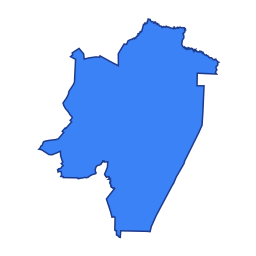 outline of South Cotabato, South Cotabato, Philippines, rotated 272°
{"feature_id": "2640588B59746130391756", "entity_name": "South Cotabato", "entity_type": "district", "adm_level": 2, "iso_a3": "PHL", "parent_name": "Philippines", "parent_adm1": "South Cotabato", "projection": "orthographic", "projection_center": [125.136, 6.312], "detail": "fine", "context": "isolated", "style": "filled", "palette": "blue", "viewbox_px": 256, "rotation_deg": 272, "n_neighbors": 0, "source": "geoboundaries", "source_scale": "gbopen_adm2", "svg_char_len": 5703}
<svg xmlns="http://www.w3.org/2000/svg" viewBox="0 0 256 256"><g transform="rotate(272 128 128)"><path d="M197.3,68.1L194.8,73.2L171.8,72.9L168.8,71.5L162.8,67.8L159.1,67.1L155.5,65.3L150.7,62.2L148.1,63.1L145.3,64.8L142.1,67.7L138.9,69.9L136.9,72.0L135.0,71.1L133.6,69.9L132.2,71.5L125.3,65.8L125.8,65.2L122.4,62.4L121.3,63.9L114.7,58.7L113.9,56.2L112.9,49.9L111.9,45.4L111.2,44.0L107.4,42.7L107.1,41.8L104.4,40.5L103.7,39.7L103.2,42.5L98.7,49.9L98.6,53.1L99.7,55.4L100.5,57.4L101.7,59.7L102.3,61.2L97.8,61.7L92.8,63.4L92.0,64.1L90.9,63.6L90.2,62.5L88.1,64.5L87.0,63.2L85.9,62.7L85.3,62.1L84.7,59.9L83.8,59.7L83.7,59.1L81.6,59.7L82.1,60.3L82.2,62.6L80.1,63.1L78.0,63.2L77.8,62.8L77.2,62.5L77.2,65.0L76.2,65.0L76.4,79.5L75.7,79.8L75.6,80.3L76.2,82.3L76.6,84.9L77.1,86.0L76.9,88.2L77.3,89.8L78.7,91.4L80.2,94.0L81.0,96.6L81.5,97.5L82.2,97.6L83.0,97.2L82.7,97.1L84.2,96.7L86.4,96.9L88.0,97.5L88.8,97.9L89.5,99.2L90.6,102.0L91.1,102.5L92.5,103.0L93.1,104.0L94.3,104.0L94.2,105.4L93.4,105.3L93.2,105.7L93.5,108.9L88.0,108.8L81.0,106.2L80.6,106.3L80.2,106.5L79.8,107.1L79.0,107.3L78.7,107.7L78.7,108.3L78.1,108.3L78.4,108.9L78.4,109.4L78.7,109.9L78.8,110.6L78.3,110.9L77.8,110.7L77.3,111.5L77.2,110.8L76.6,110.8L76.2,110.3L76.2,111.3L75.8,111.2L75.3,112.3L74.4,112.3L74.1,112.5L73.6,112.5L73.3,112.1L73.4,111.8L72.7,111.6L72.5,112.0L71.9,112.0L71.7,112.5L70.8,112.5L70.5,112.8L69.9,112.8L69.6,113.4L69.4,113.3L69.3,112.9L68.8,113.0L68.1,113.5L67.9,114.6L67.4,114.9L67.6,115.2L67.5,115.6L67.7,116.1L67.6,116.5L67.2,116.8L56.3,108.9L43.5,113.6L38.3,115.1L38.4,115.7L39.0,116.8L38.5,117.2L38.3,118.2L25.4,118.4L24.9,119.1L25.0,120.1L20.7,120.2L20.3,120.8L20.4,121.5L20.0,121.7L19.6,122.2L19.1,122.4L18.9,123.3L18.5,123.4L18.4,124.1L25.0,124.3L25.4,150.1L25.2,153.7L30.3,154.7L41.4,159.2L71.8,174.0L74.5,175.6L80.5,177.8L94.4,185.2L96.0,185.5L97.5,186.0L125.7,198.8L133.4,201.9L147.4,202.3L172.8,202.5L172.6,195.5L185.2,195.3L185.0,214.7L186.6,213.5L187.9,213.8L189.2,214.8L190.0,214.3L191.5,213.8L192.7,214.1L193.0,214.6L193.8,215.4L194.7,215.5L195.8,215.3L196.7,215.9L196.9,216.3L197.2,215.6L198.9,213.9L199.0,213.6L199.4,213.5L199.1,213.2L199.4,213.3L199.2,213.1L199.5,212.5L199.4,212.3L199.5,212.3L199.3,212.1L199.3,210.6L199.8,210.3L199.7,210.0L199.9,210.2L201.0,209.1L201.2,208.3L200.9,207.4L201.2,207.2L201.4,207.3L201.1,207.1L201.5,206.7L201.4,206.9L201.4,207.0L201.6,206.6L201.6,206.2L202.5,205.8L203.0,204.9L203.1,204.4L203.3,204.5L203.0,204.3L203.4,204.4L203.2,204.3L203.4,204.1L203.7,203.9L203.5,203.7L203.6,203.2L203.9,203.3L203.6,203.2L203.7,202.1L204.6,201.2L205.3,200.9L205.3,200.6L206.2,200.3L206.1,200.0L206.3,199.7L205.9,199.7L206.3,199.7L206.0,199.6L206.3,199.5L206.2,199.2L206.6,198.8L206.4,198.8L206.6,198.3L206.6,197.8L206.8,197.8L206.8,198.3L206.9,198.1L207.0,197.6L206.8,197.6L206.6,196.9L207.1,196.8L206.9,196.6L206.6,196.8L206.6,196.5L206.8,196.4L206.6,196.4L206.5,196.2L206.5,195.9L206.6,195.4L206.5,194.7L206.7,194.4L206.9,194.5L206.8,194.4L207.1,194.6L206.9,194.3L207.8,193.6L207.8,193.3L207.5,193.2L207.9,193.2L207.5,193.1L207.5,192.9L207.5,192.7L207.9,192.7L207.6,192.5L208.0,192.6L207.7,192.3L208.1,192.4L207.9,192.3L208.1,192.2L207.9,192.1L208.1,192.1L208.1,191.9L207.9,191.9L207.8,191.7L208.2,191.7L207.9,191.4L208.3,191.5L208.1,191.4L208.4,191.1L208.4,190.9L208.2,190.8L208.4,190.8L208.2,190.5L208.5,190.5L208.4,190.3L208.9,190.0L209.1,189.6L209.1,189.4L209.3,189.4L209.2,189.2L209.8,188.8L209.6,188.5L209.8,188.1L209.1,187.2L209.3,187.1L209.1,187.1L209.1,186.9L209.3,186.8L209.1,186.7L209.2,186.4L209.7,186.5L209.4,186.4L209.4,186.1L209.7,186.3L209.9,186.2L209.4,185.7L209.8,185.7L209.7,185.8L209.9,185.9L210.1,185.5L209.7,185.3L210.2,185.3L210.1,185.0L209.8,185.0L210.0,184.9L209.7,185.0L209.7,184.8L209.4,184.6L209.6,184.2L209.3,184.4L209.4,184.2L209.1,183.8L209.3,183.6L209.1,183.6L209.3,183.4L209.0,183.4L209.0,183.1L209.0,182.8L209.3,182.4L210.9,181.6L210.3,181.1L210.4,180.9L212.2,179.3L213.2,178.9L214.2,178.8L218.2,179.4L219.4,180.4L220.9,180.7L222.1,180.5L222.5,180.2L222.9,180.4L223.3,180.0L224.3,180.0L224.5,179.8L224.7,180.0L224.9,180.6L225.6,180.8L226.1,181.5L227.6,181.3L227.7,181.5L227.8,181.2L228.5,181.1L228.9,181.4L229.0,181.9L229.6,181.5L230.1,180.9L230.2,179.6L229.9,178.5L230.6,176.5L230.4,175.7L229.6,175.2L229.5,174.9L230.3,174.3L230.4,173.9L230.1,173.7L229.5,173.7L229.5,173.3L229.7,173.0L228.9,171.5L229.2,171.2L230.5,170.9L230.6,170.6L230.4,170.3L229.1,170.3L228.8,169.9L229.2,169.1L229.4,167.2L229.7,166.7L229.7,165.9L230.4,165.3L230.1,164.4L231.1,162.7L230.9,162.4L230.1,162.4L230.1,161.6L230.7,159.9L230.5,159.5L229.7,159.3L229.5,158.7L230.9,157.7L230.9,156.6L231.2,156.1L232.1,155.2L232.7,155.0L232.4,153.7L233.4,153.8L233.4,152.4L234.5,152.1L235.0,151.3L234.9,151.1L234.2,151.0L233.8,150.5L233.7,150.2L234.3,150.1L235.2,148.9L235.0,148.4L235.0,147.7L236.3,146.6L237.2,146.4L237.1,145.5L237.6,144.9L237.6,144.3L236.0,144.2L235.5,143.6L234.4,143.6L233.5,143.3L233.7,143.0L233.5,142.6L233.5,141.7L233.0,141.9L233.1,141.2L232.3,141.2L232.4,140.7L231.9,140.3L232.0,139.9L225.1,138.3L225.1,137.7L224.6,137.6L224.7,137.3L224.6,137.0L224.4,137.1L224.4,136.7L223.6,136.6L223.7,136.4L223.2,136.0L222.4,135.7L222.7,135.6L222.3,135.3L222.5,135.2L222.5,134.9L221.9,135.2L221.6,135.1L221.5,134.9L220.7,134.5L220.9,134.2L220.5,134.0L220.1,134.2L219.2,132.9L218.4,132.7L218.6,132.5L218.5,132.3L218.3,132.3L217.9,131.7L218.0,131.5L217.7,131.4L217.9,131.3L217.8,130.1L216.9,129.3L217.0,129.0L216.8,128.8L216.0,126.6L215.1,125.0L211.5,123.6L211.8,121.2L201.9,115.7L190.0,116.2L192.3,111.0L199.1,97.5L197.8,97.2L197.9,93.4L196.8,87.0L195.4,81.8L200.5,81.1L205.8,76.3L201.1,69.6L199.2,70.1L197.3,68.1Z" fill="#3b82f6" stroke="#1e3a8a" stroke-width="1.5"/></g></svg>